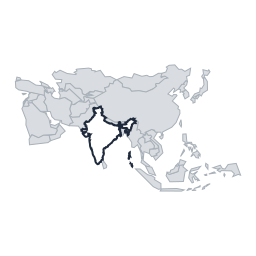 Asia, with India highlighted
{"feature_id": "IND", "entity_name": "India", "entity_type": "country or territory", "adm_level": 0, "iso_a3": "IND", "parent_name": "Asia", "parent_adm1": "", "projection": "albers", "projection_center": [83.514, 21.122], "detail": "fine", "context": "in_parent", "style": "outline", "palette": "slate", "viewbox_px": 256, "rotation_deg": 0, "n_neighbors": 45, "source": "natural_earth", "source_scale": "50m", "svg_char_len": 17570}
<svg xmlns="http://www.w3.org/2000/svg" viewBox="0 0 256 256"><path d="M116.5,79.8L114.0,81.2L113.0,83.9L109.9,83.3L108.7,86.7L104.6,87.8L106.0,91.2L105.0,92.8L95.1,90.6L93.8,92.0L90.0,91.4L85.5,95.0L82.4,93.7L81.7,90.0L79.9,88.4L75.2,88.3L70.1,83.5L65.8,83.9L64.6,91.0L61.9,88.5L59.1,89.0L59.5,87.1L56.6,82.9L61.3,82.6L61.8,79.6L55.5,79.2L52.2,74.6L54.7,71.3L56.0,72.7L60.0,70.2L67.2,73.5L75.9,74.6L76.4,73.8L74.1,72.3L77.0,70.9L76.1,69.5L76.9,69.1L88.6,68.1L91.3,68.7L91.6,70.4L95.2,70.8L95.0,71.8L100.3,70.3L105.0,76.8L110.2,76.5L116.5,79.8Z" fill="#d9dde1" stroke="#a8b0b8" stroke-width="1"/><path d="M64.6,91.0L65.8,83.9L70.1,83.5L75.2,88.3L79.9,88.4L81.7,90.0L82.4,93.7L84.8,95.0L89.6,92.2L88.6,93.6L92.9,95.2L90.6,96.5L88.7,96.2L88.9,94.7L86.6,95.0L85.1,97.3L83.7,97.1L84.6,100.0L83.4,102.0L69.4,88.9L66.5,91.3L64.6,91.0Z" fill="#d9dde1" stroke="#a8b0b8" stroke-width="1"/><path d="M236.2,163.4L240.6,175.2L238.2,174.4L232.8,176.6L234.4,173.8L231.5,170.9L221.3,170.6L220.1,172.1L217.3,170.3L220.5,168.1L217.4,169.0L213.0,167.7L220.3,165.2L222.4,168.6L225.0,169.0L228.1,164.5L236.2,163.4ZM205.1,186.0L204.5,188.6L202.4,189.3L203.1,187.3L205.1,186.0ZM224.4,176.4L223.8,175.1L224.2,173.5L225.1,174.8L224.4,176.4ZM183.8,164.7L183.0,166.8L187.5,170.6L185.1,171.4L183.4,181.5L169.9,181.8L166.1,175.7L167.1,172.3L169.3,174.4L176.3,172.3L178.0,171.5L179.5,165.3L183.8,164.7ZM208.8,174.0L214.2,171.9L215.4,173.0L208.8,174.0ZM206.8,175.4L205.2,175.5L204.5,174.8L206.7,174.1L206.8,175.4ZM205.8,163.3L208.0,164.9L207.9,169.2L205.4,165.9L205.8,163.3ZM191.4,168.9L200.6,166.4L197.9,169.5L190.4,171.3L190.4,172.9L192.8,174.1L197.6,171.3L194.2,174.8L199.4,180.4L197.4,180.8L198.0,179.0L195.4,179.9L193.4,176.5L192.1,177.4L193.5,182.3L192.1,182.9L188.7,177.9L189.7,171.7L191.4,168.9ZM196.2,190.3L191.9,190.5L193.9,189.6L196.2,190.3ZM193.8,188.6L198.3,186.9L200.1,185.7L200.1,186.8L193.8,188.6ZM188.9,188.3L191.9,188.8L186.7,190.6L188.9,188.3ZM161.5,188.9L176.6,188.5L184.1,189.9L181.6,191.1L160.2,191.0L161.5,188.9ZM154.4,179.6L160.9,183.5L161.0,188.9L158.5,189.3L153.3,186.7L135.5,168.9L140.2,169.0L147.6,174.7L151.8,175.7L155.0,177.9L154.4,179.6Z" fill="#d9dde1" stroke="#a8b0b8" stroke-width="1"/><path d="M205.6,186.8L207.1,184.6L210.2,183.7L205.6,186.8Z" fill="#d9dde1" stroke="#a8b0b8" stroke-width="1"/><path d="M27.1,98.9L24.8,101.2L23.3,105.9L23.2,102.1L25.8,98.9L27.1,98.9Z" fill="#d9dde1" stroke="#a8b0b8" stroke-width="1"/><path d="M29.0,97.4L25.9,98.9L29.0,96.6L29.0,97.4Z" fill="#d9dde1" stroke="#a8b0b8" stroke-width="1"/><path d="M26.1,100.5L24.4,102.2L25.6,100.0L26.1,100.5Z" fill="#d9dde1" stroke="#a8b0b8" stroke-width="1"/><path d="M26.1,100.5L32.2,100.1L32.2,102.8L28.1,103.0L29.2,105.5L25.1,107.2L23.3,105.9L26.1,100.5Z" fill="#d9dde1" stroke="#a8b0b8" stroke-width="1"/><path d="M50.5,124.3L54.9,125.5L59.7,122.9L56.2,129.2L50.7,127.1L50.5,124.3Z" fill="#d9dde1" stroke="#a8b0b8" stroke-width="1"/><path d="M49.2,123.0L49.4,121.5L50.7,120.3L50.9,122.3L49.2,123.0Z" fill="#d9dde1" stroke="#a8b0b8" stroke-width="1"/><path d="M45.3,110.6L46.6,114.2L43.5,112.3L45.3,110.6Z" fill="#d9dde1" stroke="#a8b0b8" stroke-width="1"/><path d="M32.2,102.8L32.2,100.1L36.6,99.1L38.1,95.4L41.1,94.0L44.3,95.3L45.8,98.8L43.9,101.9L46.5,105.7L47.5,111.4L40.3,111.4L32.2,102.8Z" fill="#d9dde1" stroke="#a8b0b8" stroke-width="1"/><path d="M56.6,128.8L59.6,124.6L65.2,131.1L60.7,134.8L60.0,137.5L50.3,140.8L49.1,135.4L55.2,134.4L57.2,130.5L56.6,128.8ZM60.3,121.7L59.4,122.1L60.1,121.5L60.3,121.7Z" fill="#d9dde1" stroke="#a8b0b8" stroke-width="1"/><path d="M149.4,153.6L149.7,149.2L155.9,149.1L156.6,147.6L159.1,149.4L159.3,151.9L156.1,154.0L157.2,155.1L151.6,156.6L149.4,153.6Z" fill="#d9dde1" stroke="#a8b0b8" stroke-width="1"/><path d="M154.1,148.5L149.7,149.2L149.4,153.6L144.0,151.6L143.1,160.5L149.9,166.0L147.9,167.3L141.0,162.5L143.3,154.9L139.8,148.3L141.1,146.0L137.6,141.5L139.1,138.6L142.5,136.8L145.0,138.6L145.0,142.7L149.0,140.6L152.2,142.0L154.5,145.7L154.1,148.5Z" fill="#d9dde1" stroke="#a8b0b8" stroke-width="1"/><path d="M158.5,148.1L154.1,148.5L154.5,145.7L150.5,140.5L145.0,142.7L145.0,138.6L142.5,136.8L145.6,134.8L145.0,132.4L148.4,135.4L150.8,135.1L151.8,136.8L150.1,138.4L157.8,144.5L158.5,148.1Z" fill="#d9dde1" stroke="#a8b0b8" stroke-width="1"/><path d="M142.5,136.8L139.1,138.6L137.6,141.5L141.1,146.0L139.8,148.3L143.3,154.9L141.6,159.1L140.9,152.5L137.5,144.7L134.1,147.6L131.7,147.0L131.7,142.4L127.3,135.7L132.0,124.6L135.6,123.2L135.7,120.7L138.4,122.1L137.0,129.9L139.0,129.3L140.9,131.5L140.5,133.3L144.2,133.5L142.5,136.8Z" fill="#d9dde1" stroke="#a8b0b8" stroke-width="1"/><path d="M153.4,156.7L157.2,155.1L156.1,154.0L159.3,151.9L158.5,145.9L150.1,138.4L151.8,136.8L150.8,135.1L148.4,135.4L146.0,132.0L151.7,129.4L157.4,132.4L153.6,138.4L161.1,145.4L162.9,152.8L155.6,160.3L153.4,156.7Z" fill="#d9dde1" stroke="#a8b0b8" stroke-width="1"/><path d="M187.4,81.4L186.7,84.8L183.8,87.9L185.7,90.3L180.1,92.4L180.5,89.6L178.4,89.0L179.4,87.4L181.7,84.3L184.0,84.3L183.5,83.4L186.0,80.6L187.4,81.4Z" fill="#d9dde1" stroke="#a8b0b8" stroke-width="1"/><path d="M182.7,92.4L185.8,89.8L188.6,92.8L189.0,96.3L185.0,98.9L183.1,94.5L184.3,93.8L182.7,92.4Z" fill="#d9dde1" stroke="#a8b0b8" stroke-width="1"/><path d="M117.1,79.6L124.0,76.6L132.0,78.0L134.1,73.6L141.9,76.3L146.8,75.3L149.6,76.7L153.0,76.4L158.4,73.3L162.0,73.3L161.4,77.5L164.9,76.1L168.0,77.3L158.9,83.6L156.2,83.5L155.6,84.8L156.6,86.1L154.6,88.1L146.0,92.0L139.0,90.7L131.6,91.3L129.6,88.5L122.4,86.9L122.3,83.9L117.1,79.6Z" fill="#d9dde1" stroke="#a8b0b8" stroke-width="1"/><path d="M126.8,131.2L127.5,137.4L125.5,133.1L123.7,133.1L123.4,135.1L121.0,134.8L119.0,129.6L120.6,128.0L119.2,126.9L119.8,125.5L122.4,127.9L127.0,128.3L124.9,131.5L126.0,132.6L126.8,131.2Z" fill="#d9dde1" stroke="#a8b0b8" stroke-width="1"/><path d="M125.5,122.4L126.2,124.4L120.2,124.1L122.3,121.5L125.5,122.4Z" fill="#d9dde1" stroke="#a8b0b8" stroke-width="1"/><path d="M118.9,122.5L118.8,125.6L117.3,125.6L104.1,120.6L106.8,117.2L114.6,121.9L118.9,122.5Z" fill="#d9dde1" stroke="#a8b0b8" stroke-width="1"/><path d="M100.5,106.5L98.7,108.2L93.2,108.6L95.7,113.0L88.8,121.7L86.7,121.4L84.5,123.4L86.9,129.1L81.3,130.1L78.3,126.1L69.2,125.7L70.2,123.4L73.0,122.6L69.4,115.6L72.3,117.1L79.3,116.7L80.7,113.8L85.0,113.0L90.2,103.9L96.0,102.9L97.7,105.6L100.5,106.5Z" fill="#d9dde1" stroke="#a8b0b8" stroke-width="1"/><path d="M78.1,101.5L85.8,102.2L88.7,99.7L90.3,103.4L92.8,102.0L96.0,102.9L89.1,104.7L89.6,106.6L88.2,108.9L86.5,108.7L87.1,110.1L85.0,113.0L80.7,113.8L79.3,116.7L72.3,117.1L69.4,115.6L71.3,113.9L69.7,109.0L71.7,103.7L74.7,104.6L78.1,101.5Z" fill="#d9dde1" stroke="#a8b0b8" stroke-width="1"/><path d="M83.4,102.0L84.6,100.0L83.7,97.1L88.9,94.7L89.4,96.2L86.7,97.4L93.7,98.2L95.7,102.3L90.3,103.4L88.7,99.7L85.8,102.2L83.4,102.0Z" fill="#d9dde1" stroke="#a8b0b8" stroke-width="1"/><path d="M89.6,92.2L93.8,92.0L95.1,90.6L105.0,92.8L93.7,98.2L86.7,97.4L86.9,96.3L92.9,95.2L88.6,93.6L89.6,92.2Z" fill="#d9dde1" stroke="#a8b0b8" stroke-width="1"/><path d="M59.1,89.0L61.9,88.5L63.8,90.9L66.5,91.3L69.4,88.9L81.4,100.1L81.2,101.3L80.0,100.6L73.3,104.7L71.7,103.7L71.8,101.9L65.8,97.9L59.7,98.5L60.3,95.0L58.8,92.5L59.4,90.9L62.5,91.3L61.2,88.7L59.4,90.4L59.1,89.0Z" fill="#d9dde1" stroke="#a8b0b8" stroke-width="1"/><path d="M47.5,111.4L46.5,105.7L43.9,101.9L45.8,98.8L43.8,93.5L44.3,90.6L47.4,92.7L50.9,91.8L51.9,96.2L54.4,98.2L59.5,99.0L64.6,97.5L71.8,101.9L69.7,109.0L71.3,113.9L69.4,115.6L73.0,122.6L70.2,123.4L69.2,125.7L61.8,123.2L61.4,120.5L55.0,119.7L51.9,116.8L50.3,111.6L47.5,111.4Z" fill="#d9dde1" stroke="#a8b0b8" stroke-width="1"/><path d="M26.6,99.9L29.0,97.4L28.6,94.7L30.8,92.3L40.3,94.1L38.1,95.4L36.6,99.1L28.3,101.3L26.6,99.9Z" fill="#d9dde1" stroke="#a8b0b8" stroke-width="1"/><path d="M48.0,92.8L44.0,88.8L44.3,87.1L47.4,88.4L48.0,92.8Z" fill="#d9dde1" stroke="#a8b0b8" stroke-width="1"/><path d="M44.3,95.3L30.8,92.3L29.2,94.0L29.7,92.4L27.4,91.4L18.8,89.9L15.8,87.7L15.4,81.5L21.4,80.0L28.7,80.7L35.8,85.1L43.0,85.8L45.6,90.3L44.3,90.6L44.3,95.3ZM16.9,77.1L20.0,77.8L21.1,79.7L16.1,80.3L16.9,77.1Z" fill="#d9dde1" stroke="#a8b0b8" stroke-width="1"/><path d="M106.8,165.6L106.4,167.7L103.7,168.8L102.4,164.1L103.4,160.8L106.8,165.6Z" fill="#d9dde1" stroke="#a8b0b8" stroke-width="1"/><path d="M161.3,139.1L159.3,136.9L163.2,134.7L162.8,137.8L161.3,139.1ZM93.7,98.2L106.0,91.2L104.6,87.8L108.7,86.7L109.9,83.3L113.0,83.9L114.0,81.2L117.1,79.6L122.3,83.9L122.4,86.9L129.6,88.5L131.6,91.3L139.0,90.7L146.0,92.0L152.8,89.1L156.6,86.1L155.6,84.8L156.2,83.5L158.9,83.6L164.4,78.8L167.9,78.0L164.9,76.1L160.8,76.8L162.0,73.3L165.9,72.0L167.4,68.3L166.3,67.1L169.1,65.3L174.8,64.9L178.8,69.4L181.6,69.2L184.9,71.4L190.6,68.2L189.6,75.2L186.5,76.5L187.4,81.4L186.0,80.6L183.5,83.4L184.0,84.3L181.7,84.3L178.4,89.0L173.6,92.3L174.7,88.9L173.6,88.1L167.9,94.0L172.2,96.3L173.7,94.5L176.5,94.7L177.0,95.6L172.3,101.0L178.5,106.4L177.9,108.8L179.8,110.1L179.9,113.6L176.1,122.5L171.8,127.2L162.7,131.9L162.4,134.2L161.4,134.5L160.9,132.2L155.4,132.2L154.5,130.2L151.7,129.4L145.0,132.4L145.6,134.8L140.5,133.3L140.9,131.5L139.0,129.3L137.0,129.9L138.4,122.1L136.8,120.4L133.7,120.5L133.3,118.4L126.9,122.1L122.3,121.5L120.2,123.7L120.0,122.0L114.6,121.9L101.8,114.8L102.3,109.0L97.7,105.6L93.7,98.2Z" fill="#d9dde1" stroke="#a8b0b8" stroke-width="1"/><path d="M181.0,119.7L181.6,125.0L181.2,126.9L179.3,123.9L181.0,119.7Z" fill="#d9dde1" stroke="#a8b0b8" stroke-width="1"/><path d="M49.2,86.8L51.2,88.6L52.7,87.7L55.0,91.3L53.7,91.2L51.7,94.6L50.9,91.8L48.0,92.8L47.0,90.2L46.6,87.4L49.0,88.3L49.2,86.8ZM47.4,92.7L46.3,92.2L45.6,90.3L47.0,91.1L47.4,92.7Z" fill="#d9dde1" stroke="#a8b0b8" stroke-width="1"/><path d="M39.6,81.1L48.0,85.2L49.3,88.1L41.2,85.4L41.6,83.3L39.6,81.1Z" fill="#d9dde1" stroke="#a8b0b8" stroke-width="1"/><path d="M187.0,146.8L184.5,144.7L187.1,144.9L187.0,146.8ZM192.0,152.5L191.0,148.7L192.1,149.8L193.1,147.4L192.0,152.5ZM196.5,149.7L200.2,154.2L200.0,156.3L198.7,154.4L198.0,155.7L198.7,158.1L196.0,157.6L193.9,154.5L190.8,156.7L193.2,152.9L197.1,151.2L196.5,149.7ZM184.6,150.9L180.5,156.5L183.9,149.4L184.6,150.9ZM186.1,133.9L186.9,142.3L191.5,142.3L192.4,144.8L189.6,143.3L184.9,143.7L185.3,142.2L182.8,140.9L182.8,134.1L186.1,133.9ZM189.3,150.1L188.4,147.2L191.0,147.2L189.3,150.1ZM195.4,144.8L196.6,146.9L194.9,146.8L195.1,149.3L192.8,144.6L195.4,144.8Z" fill="#d9dde1" stroke="#a8b0b8" stroke-width="1"/><path d="M145.5,166.0L151.8,167.2L155.6,175.4L149.1,173.2L145.5,166.0ZM183.8,164.7L179.5,165.3L178.0,171.5L169.3,174.4L167.7,173.6L167.1,172.3L170.4,172.1L170.5,170.3L173.9,168.9L175.9,165.5L178.4,165.5L180.2,159.6L185.9,161.6L183.8,164.7Z" fill="#d9dde1" stroke="#a8b0b8" stroke-width="1"/><path d="M178.1,163.2L178.4,165.5L177.0,166.4L175.9,165.5L178.1,163.2Z" fill="#d9dde1" stroke="#a8b0b8" stroke-width="1"/><path d="M207.3,81.4L207.5,90.1L202.9,93.0L201.2,96.0L199.3,94.2L192.9,97.8L195.1,98.7L195.0,102.4L193.0,103.1L192.9,101.2L190.6,99.7L194.7,93.9L199.7,92.0L200.2,88.0L201.7,88.5L204.0,84.7L203.4,78.6L204.9,77.6L207.3,81.4ZM208.1,71.0L208.8,69.8L210.0,71.7L207.3,75.4L204.4,75.1L204.3,77.4L202.5,78.1L201.7,76.3L203.5,73.9L202.9,69.7L208.1,71.0ZM195.5,97.9L197.5,95.3L199.3,95.9L197.1,99.0L195.5,97.9Z" fill="#d9dde1" stroke="#a8b0b8" stroke-width="1"/><path d="M49.1,135.4L50.3,140.8L48.0,142.6L29.5,144.8L29.1,139.1L31.9,134.6L38.5,137.6L43.4,135.1L49.1,135.4Z" fill="#d9dde1" stroke="#a8b0b8" stroke-width="1"/><path d="M23.2,106.2L28.1,106.3L29.2,105.5L28.1,103.0L32.2,102.8L40.3,111.4L45.1,112.9L48.9,118.7L50.7,127.1L56.6,128.8L57.2,130.5L55.2,134.4L43.4,135.1L38.5,137.6L31.9,134.6L30.1,136.9L25.9,124.9L26.1,119.6L21.9,108.7L23.2,106.2Z" fill="#d9dde1" stroke="#a8b0b8" stroke-width="1"/><path d="M26.5,93.5L23.2,94.8L22.3,93.4L26.5,93.5Z" fill="#d9dde1" stroke="#a8b0b8" stroke-width="1"/><path d="M81.4,129.7L81.8,129.6L82.4,129.6L82.5,129.0L82.6,128.9L82.7,129.0L84.1,129.1L84.5,129.4L84.9,129.3L85.1,129.2L85.8,128.9L86.0,129.2L86.2,129.4L86.9,129.1L86.8,128.7L86.9,128.4L86.3,126.8L86.4,126.3L85.6,126.2L85.4,125.7L85.6,124.5L84.4,123.9L84.5,123.1L85.3,122.4L85.8,121.6L86.3,121.3L86.7,121.5L86.8,121.9L87.0,122.0L89.0,121.6L89.2,121.2L89.5,120.9L90.0,120.0L91.0,119.5L91.7,118.5L92.0,117.7L92.8,117.4L93.1,117.1L93.0,116.7L93.9,115.8L94.4,115.5L94.2,115.2L94.4,114.6L94.3,114.1L94.4,113.9L95.8,113.1L95.6,112.8L94.7,112.5L94.7,111.9L94.1,111.9L94.1,111.4L93.5,110.9L93.8,110.3L93.6,109.8L94.1,109.4L93.5,109.1L93.6,108.8L93.3,108.5L93.6,107.9L94.3,107.7L96.7,108.4L97.3,108.1L98.3,108.0L99.0,107.5L99.1,107.2L100.4,106.5L100.9,106.5L100.8,107.0L101.3,108.4L101.9,108.6L102.4,109.0L102.0,109.6L102.1,110.7L102.6,111.4L102.6,111.6L102.7,111.8L102.7,112.8L102.2,113.1L101.8,112.5L101.3,112.7L101.4,113.3L101.8,113.9L101.8,114.3L101.9,114.6L101.8,114.9L101.8,115.2L102.2,115.2L102.3,115.0L102.5,115.1L103.2,115.9L103.7,116.0L104.3,116.4L104.4,116.9L105.3,117.2L105.9,117.7L105.6,117.8L104.7,118.6L104.5,119.3L104.4,119.7L104.1,120.2L104.1,120.5L104.7,121.0L105.0,120.9L107.3,122.6L107.6,122.5L108.4,123.0L108.8,123.0L108.9,123.3L110.0,123.7L110.3,123.5L111.0,123.6L111.5,123.4L112.4,123.8L112.6,124.4L113.4,124.7L113.6,125.0L114.2,124.8L114.4,124.9L114.6,125.3L115.0,125.2L116.3,125.6L116.9,125.3L117.0,125.6L117.4,125.7L117.6,125.6L118.5,125.5L119.0,124.9L118.7,124.0L118.9,122.7L118.8,122.4L119.7,122.0L120.1,122.2L120.2,122.4L120.1,123.2L120.3,123.6L120.1,123.9L120.3,124.4L120.8,124.7L121.2,124.6L122.0,124.9L122.7,124.7L123.1,124.4L123.8,124.6L124.8,124.5L125.1,124.4L125.5,124.5L126.1,124.3L126.3,124.2L126.1,123.8L126.2,123.4L126.0,123.1L125.6,123.1L125.3,122.9L125.3,122.5L126.0,122.5L126.2,122.3L127.0,122.1L127.3,121.9L127.2,121.7L127.3,121.5L127.9,121.1L128.2,120.5L129.1,120.2L129.5,119.9L129.6,119.7L130.6,118.9L130.9,119.1L132.1,119.3L132.3,119.0L133.2,118.4L133.6,118.8L133.8,118.8L133.4,119.1L133.4,119.5L134.0,119.2L134.3,119.7L133.8,120.5L134.0,120.6L134.4,120.4L134.7,120.6L135.2,120.5L135.7,120.8L135.8,121.4L135.0,122.2L135.5,123.1L135.2,123.1L134.8,122.7L133.8,123.0L132.0,124.5L131.8,125.1L132.0,125.7L131.8,126.4L131.1,127.3L131.1,127.5L131.4,127.9L130.7,129.5L130.5,130.4L129.6,130.2L129.3,130.3L128.9,130.1L129.2,130.9L129.1,132.1L129.0,132.3L128.8,132.3L128.6,133.0L128.8,134.0L128.6,134.1L128.4,134.6L128.0,134.3L127.8,134.6L127.5,133.1L127.3,132.6L126.9,131.0L126.3,131.1L126.4,131.5L126.1,131.9L126.1,132.4L125.8,132.6L125.6,132.5L125.5,132.1L125.3,132.2L125.3,132.4L125.2,132.4L124.9,131.4L125.0,130.6L125.2,130.3L126.2,130.0L126.3,129.6L126.6,129.5L126.8,128.5L127.2,128.5L127.2,128.3L126.4,127.9L123.4,128.1L122.2,127.8L122.2,126.5L121.9,125.9L121.7,126.0L121.7,126.3L121.3,126.4L121.0,126.2L120.6,125.5L120.6,125.9L120.3,125.9L120.0,125.8L119.9,125.5L119.4,125.2L119.4,125.4L119.6,125.6L119.0,126.3L118.9,126.7L119.7,127.4L120.2,127.5L120.6,128.0L120.3,128.2L119.7,128.1L119.4,128.8L119.1,128.7L118.9,129.4L119.1,129.7L120.2,130.1L120.2,130.7L120.0,131.4L120.3,131.9L120.3,132.2L120.7,132.4L120.6,132.7L121.0,134.3L121.0,135.0L120.8,135.0L121.0,135.6L120.8,135.6L120.7,135.4L120.5,135.8L120.3,135.5L120.4,134.9L120.2,134.7L120.1,135.6L119.9,135.7L119.6,135.4L119.5,135.7L119.3,135.7L119.1,135.6L119.4,134.6L119.0,134.4L118.9,134.2L118.9,134.4L119.3,134.7L118.9,135.3L118.4,135.7L117.3,136.1L116.8,136.6L116.8,136.9L117.1,137.8L116.7,138.6L116.2,138.9L116.0,139.3L115.7,139.2L115.8,139.3L115.7,139.5L114.4,140.0L114.3,139.9L114.3,139.5L113.8,139.8L113.6,140.2L114.0,140.0L112.8,141.2L111.6,143.0L110.7,143.4L109.8,144.4L108.1,145.5L107.9,145.8L108.1,146.2L107.9,146.6L106.9,147.1L105.9,147.1L105.3,148.3L105.0,148.3L104.9,148.1L104.7,148.0L103.9,148.4L103.5,149.2L103.4,149.7L103.7,151.0L103.5,151.5L103.9,153.1L103.6,152.6L103.4,152.8L103.9,153.3L103.7,154.7L102.9,156.2L102.7,157.1L102.7,157.3L102.5,157.6L102.8,157.9L102.8,159.7L102.1,159.7L101.7,159.8L101.6,160.3L100.9,161.2L100.8,161.5L101.0,161.7L101.8,162.0L100.9,161.9L99.8,162.2L99.3,162.6L99.0,163.6L97.8,164.2L96.9,163.7L95.8,162.4L95.4,161.3L95.3,160.3L95.5,160.5L95.5,161.1L95.5,160.3L95.2,159.9L95.2,159.7L94.4,157.2L94.0,156.5L93.4,155.7L92.9,154.6L92.6,153.5L92.5,152.3L92.0,150.5L91.2,149.2L90.9,148.5L91.2,148.5L90.9,148.1L91.0,148.0L90.7,147.8L90.1,146.2L89.9,143.7L89.5,141.5L89.8,140.7L89.5,140.8L89.4,140.6L89.5,140.1L89.8,140.2L89.5,140.0L89.5,139.7L89.4,139.5L89.3,139.0L89.8,137.2L89.7,136.3L89.5,136.1L89.4,135.7L89.6,135.5L89.4,135.5L90.4,135.0L89.3,135.0L89.4,134.6L89.7,134.4L89.3,134.4L89.4,134.0L89.9,133.9L88.7,133.7L88.9,133.9L88.9,134.1L88.4,134.7L88.7,134.9L88.7,135.3L88.2,136.1L86.2,136.8L85.7,136.8L85.2,136.5L84.4,135.7L82.9,133.9L82.6,133.2L82.8,132.9L83.2,133.3L84.9,132.8L85.6,131.9L85.3,132.0L84.9,132.0L84.0,132.3L83.2,132.1L82.1,131.2L81.8,130.4L82.5,129.9L81.4,130.3L81.4,129.7ZM129.3,156.7L129.2,156.7L128.9,156.0L129.1,155.3L129.4,155.2L129.2,154.6L129.4,152.9L129.5,152.6L129.8,152.4L129.8,152.7L129.7,152.9L129.8,153.1L129.5,153.7L129.7,153.9L129.7,154.6L129.5,154.8L129.6,155.2L129.3,155.7L129.4,156.0L129.3,156.7ZM132.4,166.0L132.2,166.5L131.8,166.0L131.9,165.6L132.1,165.5L132.4,166.0ZM129.0,158.8L128.7,158.8L128.6,158.4L129.0,158.1L129.1,158.5L129.0,158.8ZM131.3,164.2L131.1,164.2L131.3,164.2ZM131.4,163.9L131.3,163.5L131.4,163.9ZM131.9,165.3L131.8,165.5L131.7,165.4L131.9,165.2L131.9,165.3ZM129.8,161.6L129.6,161.7L129.8,161.6ZM129.3,157.0L129.1,157.0L129.2,156.8L129.3,156.9L129.3,157.0ZM129.9,155.6L130.0,155.9L129.7,155.7L129.9,155.6ZM130.5,163.3L130.7,163.6L130.4,163.5L130.5,163.3ZM129.2,153.7L129.1,154.1L129.1,153.7L129.2,153.7Z" fill="none" stroke="#1e293b" stroke-width="2"/></svg>